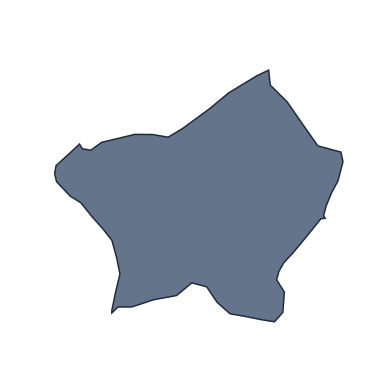 an SVG outline of Ilinden, rotated 15°
{"feature_id": "MKD-2933", "entity_name": "Ilinden", "entity_type": "Statistical Region", "adm_level": 1, "iso_a3": "MKD", "parent_name": "North Macedonia", "parent_adm1": "", "projection": "equal_earth", "projection_center": [21.617, 41.98], "detail": "fine", "context": "isolated", "style": "filled", "palette": "slate", "viewbox_px": 384, "rotation_deg": 15, "n_neighbors": 0, "source": "natural_earth", "source_scale": "10m", "svg_char_len": 862}
<svg xmlns="http://www.w3.org/2000/svg" viewBox="0 0 384 384"><g transform="rotate(15 192 192)"><path d="M145.9,329.6L145.2,326.9L144.1,307.6L143.6,289.8L136.2,274.9L127.1,259.4L115.2,250.5L101.6,241.6L87.4,231.2L75.4,227.5L58.5,217.1L54.5,209.7L53.9,201.6L63.5,186.7L70.9,174.8L74.9,178.6L83.4,177.8L91.9,167.4L102.8,161.5L121.9,151.1L139.1,146.7L154.8,145.2L166.2,133.4L187.1,107.4L201.9,86.6L224.5,63.0L234.5,54.4L239.9,68.5L260.7,80.4L281.4,98.0L301.7,114.9L314.5,114.9L325.5,114.9L330.0,123.7L330.1,143.7L327.0,156.5L325.2,170.9L325.2,180.5L327.4,183.0L323.4,184.5L314.2,205.3L305.0,225.3L299.0,236.5L296.5,246.1L296.5,254.9L307.1,264.7L310.9,284.7L305.3,296.0L292.9,297.3L274.6,298.5L260.3,299.8L245.0,292.2L230.7,279.8L215.3,279.8L203.9,296.0L182.8,306.0L163.6,318.6L150.2,322.3L145.9,329.6Z" fill="#64748b" stroke="#1e293b" stroke-width="1.5"/></g></svg>